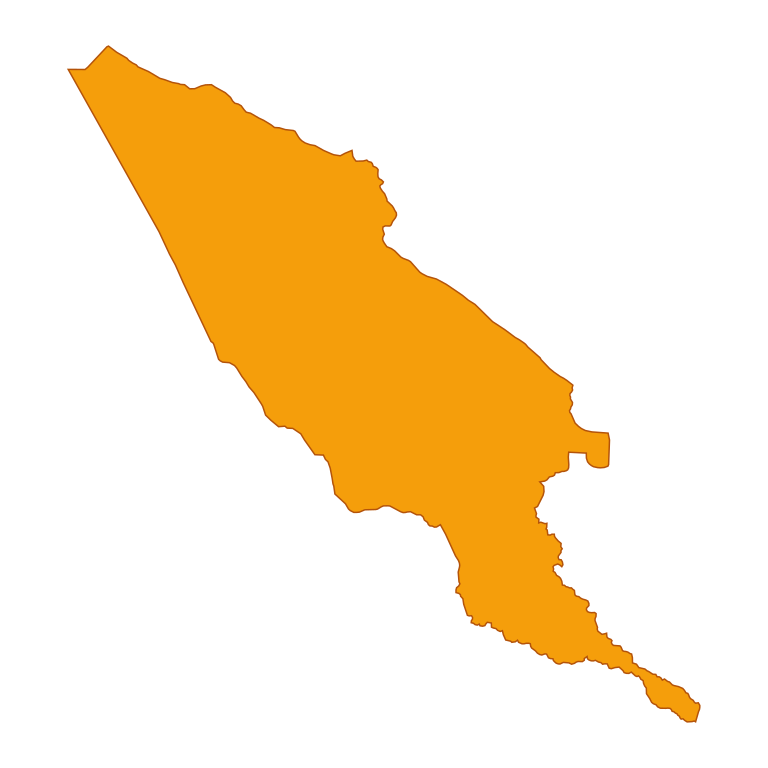 outline of Tigania West, Eastern, Kenya
{"feature_id": "3690345B31280493599010", "entity_name": "Tigania West", "entity_type": "district", "adm_level": 2, "iso_a3": "KEN", "parent_name": "Kenya", "parent_adm1": "Eastern", "projection": "mercator", "projection_center": [37.77, 0.171], "detail": "fine", "context": "isolated", "style": "filled", "palette": "amber", "viewbox_px": 768, "rotation_deg": 0, "n_neighbors": 0, "source": "geoboundaries", "source_scale": "gbopen_adm2", "svg_char_len": 6091}
<svg xmlns="http://www.w3.org/2000/svg" viewBox="0 0 768 768"><path d="M270.8,420.2L278.6,426.7L284.9,426.2L287.2,428.1L292.8,428.4L300.8,433.8L304.5,440.0L314.9,454.7L323.4,455.1L325.5,459.5L328.0,461.8L330.2,468.1L332.2,478.5L333.0,483.9L333.8,486.1L334.9,494.0L345.5,503.8L348.5,509.0L350.3,510.6L353.8,512.4L356.7,512.4L359.5,512.1L364.8,509.8L375.7,509.5L377.5,509.1L381.3,506.8L383.4,505.9L388.1,505.8L389.9,506.0L400.6,511.7L403.1,512.6L405.2,512.5L407.2,512.0L410.5,511.7L416.7,514.8L420.6,514.8L423.1,516.8L424.4,520.1L427.5,522.4L428.4,524.6L429.9,525.9L432.4,526.1L434.3,527.1L436.5,527.0L440.4,524.7L445.6,534.2L455.5,555.9L458.5,560.6L459.4,563.0L459.7,565.2L459.5,567.0L458.2,572.1L459.0,581.8L459.9,583.8L458.7,586.0L456.6,587.7L456.0,589.9L456.0,592.6L458.9,593.4L460.4,594.6L460.6,596.2L462.9,598.7L463.7,604.2L467.4,615.3L469.2,615.9L471.5,615.7L472.5,617.3L472.5,619.1L471.4,620.7L471.2,622.7L473.5,623.3L475.1,624.6L477.3,625.1L479.3,624.1L480.0,625.8L482.7,626.2L484.9,625.6L486.0,623.7L487.3,622.3L491.3,623.0L491.5,627.2L493.4,628.0L496.0,628.6L497.6,630.3L500.2,631.5L502.4,630.7L503.4,634.8L505.7,640.0L510.7,641.2L511.8,642.3L515.3,641.8L517.5,640.2L518.6,642.3L522.0,643.8L524.0,643.8L526.2,643.3L528.9,643.3L530.3,643.7L530.7,646.3L531.6,648.0L535.5,650.9L537.4,653.1L539.7,654.5L541.8,655.0L544.9,653.9L546.6,654.1L548.5,657.8L550.5,658.6L553.0,658.8L553.4,660.5L554.6,661.8L556.2,663.2L558.3,663.9L560.0,664.0L563.3,662.4L569.0,662.9L571.6,664.2L574.5,663.3L576.2,662.1L578.0,661.5L582.4,661.6L584.3,660.2L584.3,658.5L587.1,656.5L587.5,658.8L589.0,660.0L591.1,660.8L593.3,660.9L595.5,660.3L598.4,662.0L600.9,662.6L602.6,664.2L604.9,663.8L607.2,663.9L609.2,668.2L611.3,668.7L614.9,667.6L619.1,667.1L623.0,670.6L624.1,672.6L626.3,673.3L628.9,673.4L631.3,672.1L635.4,675.9L637.0,676.5L638.5,675.9L639.7,677.1L640.9,679.3L643.1,680.6L643.6,683.5L644.7,686.0L646.3,688.0L646.5,693.7L649.7,698.5L651.6,702.3L653.3,703.7L656.1,704.8L657.6,706.8L660.3,708.2L665.8,708.3L668.0,708.1L670.1,708.4L671.3,709.5L672.1,711.3L673.8,711.7L675.4,713.1L677.0,713.8L677.8,715.2L679.4,716.2L680.0,717.8L681.1,719.1L683.0,718.8L684.6,720.3L687.1,721.9L692.2,721.6L694.2,721.0L695.6,721.8L698.5,711.7L699.5,709.3L699.8,707.2L699.8,705.4L698.3,702.8L695.5,703.2L694.1,701.9L693.3,700.4L690.5,698.6L689.4,697.0L688.6,694.8L687.8,693.4L685.9,692.8L684.4,690.3L682.7,688.4L678.5,686.6L673.8,685.5L672.2,684.8L669.5,682.0L667.6,681.4L664.5,679.0L662.3,680.1L660.8,677.8L659.1,676.8L657.1,676.8L655.8,674.4L652.8,674.2L648.7,671.5L647.2,670.9L644.9,669.0L638.8,667.6L636.5,664.2L632.5,662.9L632.4,657.6L631.6,654.0L630.1,653.6L627.9,652.1L625.9,651.5L623.9,651.3L622.5,650.6L621.1,647.2L620.0,645.9L613.4,645.4L611.9,643.9L611.3,642.2L612.0,640.7L610.9,639.4L608.2,638.4L606.9,636.9L606.6,633.2L604.4,633.9L601.9,634.3L597.8,631.1L597.2,629.0L597.5,627.4L595.0,620.5L595.1,618.6L596.0,616.4L596.1,613.6L594.6,612.5L591.6,612.7L589.3,612.4L587.5,611.6L586.4,609.8L586.6,608.0L588.9,605.6L588.9,603.4L587.8,601.0L585.8,600.0L582.6,599.1L580.6,598.1L578.8,596.6L576.4,596.2L574.9,594.8L574.4,590.4L572.7,589.2L571.5,587.9L569.5,587.9L567.7,587.0L566.0,586.7L564.5,585.3L562.4,585.1L561.8,581.2L560.5,578.3L558.9,576.7L556.6,575.4L555.0,572.4L553.2,571.3L553.6,568.9L553.0,566.8L554.1,565.4L557.7,564.0L559.7,564.9L561.8,566.7L562.9,564.8L562.4,562.0L561.2,559.8L559.0,559.6L558.2,557.7L558.3,556.1L561.0,552.4L561.0,550.4L562.2,548.8L560.8,546.7L561.1,543.4L558.2,541.0L555.5,537.9L554.5,536.3L554.3,534.2L551.9,534.2L550.2,535.1L547.8,534.8L547.2,530.0L546.0,529.0L546.7,527.3L546.9,523.3L545.1,523.7L540.8,522.2L538.7,522.9L538.9,519.2L536.0,517.1L536.0,515.4L536.5,513.7L534.5,508.0L537.5,506.5L543.1,495.3L544.0,491.6L543.7,486.3L539.8,481.9L544.7,481.1L546.9,479.9L549.4,476.9L552.8,476.2L554.5,475.1L555.3,472.7L558.9,472.6L562.0,471.4L563.9,471.4L566.3,470.7L567.7,469.8L568.6,467.9L568.8,464.6L568.3,457.0L568.7,452.2L586.3,453.1L586.4,458.1L587.6,461.8L589.3,463.9L591.3,465.5L593.5,466.7L597.6,467.6L600.3,467.8L604.2,467.5L607.9,466.2L608.6,464.6L609.5,440.0L608.1,433.1L591.8,431.9L585.3,430.5L581.5,428.6L578.5,426.4L575.1,423.1L571.0,413.7L569.8,412.4L569.5,410.5L570.5,409.0L570.9,407.1L572.3,404.8L572.5,402.5L570.4,398.9L570.5,397.0L569.8,395.4L570.0,393.6L571.6,391.9L572.6,390.0L572.1,387.9L572.9,385.2L567.1,380.6L563.5,378.2L560.2,376.5L553.9,372.1L549.5,368.5L541.1,359.7L540.1,357.8L527.9,347.1L525.6,344.3L524.0,343.0L519.5,339.9L515.1,337.4L505.1,329.9L492.5,321.6L475.0,304.4L468.3,300.2L462.5,295.4L446.2,284.3L436.4,279.0L427.2,276.4L422.0,273.7L419.7,272.1L410.5,261.7L408.5,260.4L403.2,258.4L400.9,257.1L394.7,250.9L391.4,248.6L386.8,246.7L384.2,242.9L383.1,240.9L382.6,239.4L382.9,237.1L384.3,234.2L382.7,229.3L383.0,227.0L385.2,225.9L389.9,226.0L391.1,225.0L392.6,221.5L395.5,217.7L396.5,215.2L396.3,212.8L394.7,210.3L393.6,208.0L392.2,205.9L387.1,201.1L386.8,198.9L384.6,193.7L382.3,191.1L380.3,188.0L379.8,186.0L380.9,184.7L382.6,183.7L383.4,181.9L381.4,179.9L379.2,178.8L378.0,176.8L377.8,173.7L378.1,169.7L377.2,168.4L375.8,167.3L373.2,166.3L372.3,163.6L371.2,162.3L368.3,161.5L366.8,160.1L363.2,161.0L356.1,161.2L354.4,159.1L352.8,156.3L352.0,150.4L345.0,153.3L340.3,155.8L333.9,154.8L331.5,153.9L323.7,150.5L315.0,145.6L310.0,144.7L305.2,143.0L302.2,141.1L300.3,139.4L298.5,137.1L295.0,131.3L293.3,130.5L285.3,129.6L279.3,127.8L274.5,127.5L271.3,125.0L263.6,120.3L258.9,118.1L250.5,113.2L246.3,112.2L244.2,109.9L241.2,105.8L238.3,104.1L234.8,103.2L232.6,101.0L230.5,97.4L225.4,92.8L215.3,87.2L211.5,84.7L205.5,84.9L201.1,86.0L194.8,88.7L189.7,88.8L184.6,84.7L180.4,84.4L178.6,83.6L172.4,82.5L164.7,79.7L159.8,78.3L148.4,71.5L138.0,66.9L136.3,64.9L132.5,63.0L128.6,60.3L127.0,58.3L116.7,52.3L108.5,46.1L106.9,46.8L87.8,67.2L85.1,69.5L68.2,69.4L159.1,231.8L169.5,254.1L175.4,265.0L183.2,282.6L211.0,341.5L212.9,342.8L213.7,344.1L218.6,359.3L220.2,360.8L222.6,362.1L229.5,362.7L234.5,365.5L236.7,368.0L241.9,376.4L245.9,381.7L249.1,387.0L253.9,392.5L261.3,403.8L262.7,406.3L265.6,415.1L270.8,420.2Z" fill="#f59e0b" stroke="#b45309" stroke-width="1.5"/></svg>